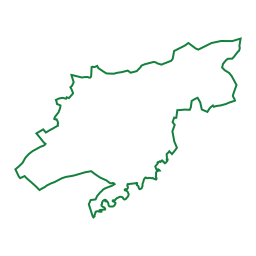 Malam Madori, Jigawa, Nigeria
{"feature_id": "59680162B52658055469559", "entity_name": "Malam Madori", "entity_type": "district", "adm_level": 2, "iso_a3": "NGA", "parent_name": "Nigeria", "parent_adm1": "Jigawa", "projection": "orthographic", "projection_center": [9.967, 12.523], "detail": "fine", "context": "isolated", "style": "outline", "palette": "green", "viewbox_px": 256, "rotation_deg": 0, "n_neighbors": 0, "source": "geoboundaries", "source_scale": "gbopen_adm2", "svg_char_len": 5739}
<svg xmlns="http://www.w3.org/2000/svg" viewBox="0 0 256 256"><path d="M71.4,74.9L71.4,75.0L73.7,82.2L71.9,86.0L70.4,87.2L70.9,88.2L71.6,89.4L73.0,93.0L73.0,93.4L72.9,93.6L68.9,98.1L66.7,97.3L66.0,98.7L62.4,97.8L58.7,98.6L55.9,100.0L56.6,101.7L56.9,103.9L60.5,105.5L60.1,108.2L58.5,112.4L55.1,116.7L54.2,118.9L54.2,119.0L54.3,119.1L55.1,119.2L55.6,119.5L56.6,119.3L57.0,120.3L57.6,121.3L57.7,121.8L58.1,123.3L57.8,123.8L57.7,124.0L57.7,124.5L58.0,125.6L48.9,130.7L45.9,132.5L43.2,129.4L36.4,133.4L38.9,136.4L43.8,142.5L45.5,143.9L44.7,144.9L43.4,145.8L41.9,146.2L40.3,146.9L32.6,151.1L28.7,154.1L25.3,157.9L22.6,162.8L18.9,166.4L15.4,169.3L18.8,176.5L20.2,178.1L24.6,176.1L26.0,177.6L27.3,178.8L29.0,180.3L30.9,181.9L32.9,183.7L35.9,186.4L39.5,190.0L42.2,188.4L44.9,187.0L46.8,185.5L51.2,183.3L54.3,182.2L61.8,178.3L65.9,176.9L71.6,176.0L73.6,175.6L76.8,174.7L82.0,173.2L85.0,172.3L91.2,171.2L94.7,173.9L100.0,177.5L106.4,180.4L110.1,183.2L111.2,183.3L112.9,183.0L113.7,183.2L114.6,184.1L112.3,185.6L105.2,188.3L103.2,189.5L102.2,190.6L100.1,192.5L97.1,196.1L95.6,199.4L90.6,200.1L88.8,204.3L92.6,216.1L93.4,217.4L93.9,217.0L94.5,216.4L94.3,215.9L94.5,215.4L94.8,214.6L95.1,213.7L95.4,212.7L95.5,212.1L95.7,211.7L96.5,211.6L97.0,211.2L97.6,211.2L98.7,211.5L99.7,211.7L101.0,211.8L101.5,211.6L101.4,211.1L101.0,211.2L101.0,210.7L100.5,210.4L100.2,210.4L100.1,211.0L99.6,210.9L99.6,210.2L100.4,209.9L101.4,209.9L102.9,209.7L104.1,209.7L105.1,209.5L105.1,208.5L104.7,208.0L103.9,207.2L103.3,207.1L102.7,206.6L102.1,206.4L101.6,205.8L101.4,205.1L101.6,204.4L102.0,204.0L102.0,203.4L102.0,202.9L102.3,202.3L102.5,201.6L103.0,200.8L103.8,200.3L104.5,199.8L105.8,200.0L106.0,200.2L105.5,201.3L106.0,201.5L106.9,201.2L107.6,201.9L108.3,203.2L108.4,204.5L108.9,205.9L109.5,206.4L110.2,206.5L110.7,206.5L111.1,206.5L111.5,206.5L112.7,206.5L113.1,206.4L113.5,206.2L114.5,205.4L114.7,204.9L115.0,204.4L115.2,204.0L115.4,203.6L115.5,203.2L115.4,202.7L115.2,202.5L114.9,202.3L114.4,201.9L114.1,201.7L113.7,201.6L113.4,201.6L113.1,201.4L112.8,201.2L112.7,201.0L112.7,200.7L112.8,200.5L113.0,200.4L113.5,200.2L114.0,200.3L114.5,200.3L114.8,200.2L115.0,200.1L115.2,199.9L115.5,199.6L115.7,199.3L115.9,199.0L116.2,198.8L116.5,198.5L116.9,198.2L117.2,198.0L117.7,197.9L118.2,197.6L118.7,197.3L119.2,197.1L119.7,196.9L120.2,196.8L120.7,196.8L121.1,196.8L121.6,197.0L122.4,197.3L122.7,197.4L122.8,197.6L122.8,197.8L123.5,198.8L124.2,199.4L124.5,199.5L125.6,199.1L126.1,198.7L126.2,198.4L126.7,197.9L127.2,197.4L127.8,196.7L128.3,195.7L128.6,194.8L128.6,194.5L128.6,194.0L128.4,193.6L128.3,193.3L127.9,192.3L127.6,191.7L127.3,191.4L126.7,191.0L126.4,190.8L126.0,190.6L125.5,190.5L125.0,190.4L124.8,190.2L124.7,190.0L124.7,189.8L124.9,189.5L125.3,189.1L125.6,189.1L125.9,189.3L126.2,189.3L126.5,189.2L127.1,189.1L127.3,188.8L127.6,188.5L127.9,187.7L127.9,187.3L127.8,186.7L127.7,186.4L127.5,186.0L127.3,185.7L127.3,185.4L127.4,185.1L127.4,184.8L127.6,184.5L127.7,184.1L128.1,184.0L128.6,184.1L129.0,184.2L129.3,184.2L129.8,183.9L130.3,183.8L130.8,183.7L131.2,183.8L132.5,183.6L135.3,183.3L136.2,183.0L136.8,182.9L137.1,183.1L137.1,183.5L137.0,183.9L136.8,184.9L137.0,185.2L137.4,185.4L137.9,185.8L138.2,186.0L138.5,186.5L138.6,187.1L138.6,187.4L138.9,188.3L139.3,188.9L139.8,189.2L140.3,189.0L141.0,188.7L141.5,188.3L141.9,187.7L142.2,186.9L142.5,186.0L142.5,184.3L142.5,184.0L142.6,183.6L142.9,182.8L143.2,182.1L143.4,181.6L143.6,180.6L143.8,179.9L144.1,179.3L144.3,178.9L144.6,178.4L144.9,178.1L145.2,177.7L145.6,177.5L145.9,177.5L146.2,177.9L146.5,178.0L146.9,178.2L147.8,178.2L148.9,177.8L149.4,177.9L150.4,178.0L150.8,178.1L151.4,178.1L151.7,178.1L151.9,178.1L152.3,178.3L152.7,178.2L152.8,178.1L153.1,178.2L153.5,178.4L154.4,179.0L154.9,179.1L155.4,179.4L156.0,179.4L156.3,179.4L156.4,179.0L156.5,178.5L156.5,178.1L156.2,177.8L155.9,176.9L155.8,176.6L156.0,176.1L156.1,174.9L156.0,172.9L156.2,172.3L156.9,171.3L157.3,171.1L157.6,170.9L158.5,170.7L159.4,170.5L159.6,170.5L159.4,170.2L159.1,169.9L158.1,169.3L157.7,169.6L157.3,169.9L156.9,170.3L155.8,168.0L155.3,166.4L157.8,163.4L157.6,163.1L157.5,162.5L157.9,162.1L158.0,162.1L158.6,162.0L158.8,162.0L159.1,161.9L159.3,161.7L159.5,161.6L159.6,161.4L159.8,161.3L160.6,161.9L160.9,161.5L161.0,161.4L161.3,161.0L161.6,160.6L161.8,160.5L162.1,160.4L162.6,160.8L163.7,161.9L163.6,162.1L163.8,162.2L164.6,163.0L164.9,163.3L166.3,162.2L167.4,160.5L166.8,159.9L167.0,159.7L167.4,159.3L166.9,159.1L166.9,158.5L166.9,157.3L166.7,155.2L166.7,154.1L167.1,153.7L167.4,153.4L167.7,153.1L168.1,152.8L168.2,152.6L168.4,152.4L168.6,152.2L168.8,151.9L169.1,151.6L169.3,151.3L172.0,154.1L175.3,150.0L176.1,148.9L176.3,148.6L176.9,147.7L174.3,141.5L172.4,131.3L174.7,124.9L172.6,122.1L174.2,117.6L175.4,117.9L176.1,117.9L176.3,117.8L177.3,110.2L185.1,109.6L189.8,109.8L190.8,107.3L191.7,100.9L195.5,98.7L197.6,97.8L200.2,102.3L201.8,109.5L207.4,111.9L209.3,108.8L210.5,107.4L212.9,105.5L213.9,106.8L216.4,106.0L220.8,105.4L225.9,104.0L229.4,102.5L231.3,101.9L233.1,101.3L235.0,100.6L234.5,99.1L233.9,98.1L232.8,95.9L233.7,92.9L236.5,85.0L231.8,76.3L229.2,73.0L224.7,70.2L222.1,67.5L223.0,63.9L226.0,60.2L227.8,58.8L232.3,58.6L234.5,56.1L237.7,51.9L239.1,50.7L239.8,48.1L239.4,46.0L240.1,41.5L240.6,38.6L232.2,41.1L221.0,41.0L211.6,43.0L198.3,49.6L195.7,48.5L188.4,43.0L184.8,45.6L174.1,51.0L172.7,58.8L171.2,60.8L161.4,64.6L157.4,63.4L156.3,62.6L153.9,61.9L144.9,64.2L141.5,65.6L141.4,65.7L140.6,67.1L136.8,71.1L130.7,72.7L127.7,70.6L121.9,72.1L117.2,72.8L113.9,73.7L109.7,73.6L106.3,73.4L105.1,72.6L102.9,71.2L98.3,68.1L97.2,65.9L96.5,66.2L95.6,66.7L93.8,67.1L92.8,66.7L91.6,67.1L91.4,71.6L91.2,75.2L91.0,76.6L90.2,77.6L89.1,77.6L87.6,77.0L84.7,77.1L81.9,77.5L71.4,74.9Z" fill="none" stroke="#15803d" stroke-width="2"/></svg>